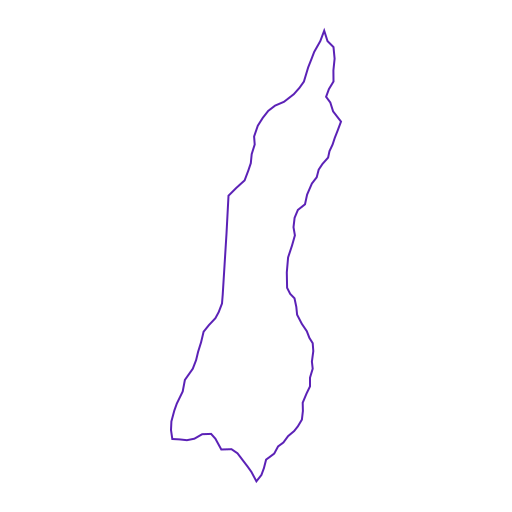 Inúbia Paulista, São Paulo, Brazil
{"feature_id": "56859067B74776499376394", "entity_name": "Inúbia Paulista", "entity_type": "district", "adm_level": 2, "iso_a3": "BRA", "parent_name": "Brazil", "parent_adm1": "São Paulo", "projection": "equal_earth", "projection_center": [-50.952, -21.726], "detail": "fine", "context": "isolated", "style": "outline", "palette": "violet", "viewbox_px": 512, "rotation_deg": 0, "n_neighbors": 0, "source": "geoboundaries", "source_scale": "gbopen_adm2", "svg_char_len": 1408}
<svg xmlns="http://www.w3.org/2000/svg" viewBox="0 0 512 512"><path d="M341.0,121.6L333.1,111.4L330.3,102.5L326.1,96.8L328.9,89.1L333.5,81.5L333.4,70.4L334.6,58.7L333.5,47.1L327.5,41.1L324.2,30.7L320.3,41.1L314.2,51.9L311.6,58.7L308.2,67.3L303.9,81.6L299.4,87.9L293.8,94.2L284.0,101.8L275.1,105.6L268.3,110.8L262.8,117.8L257.8,125.7L254.1,136.5L254.7,144.5L251.7,154.1L250.8,163.2L248.3,170.6L244.6,180.4L236.4,187.8L228.5,195.7L226.5,233.6L222.7,294.9L222.0,303.5L218.7,312.1L215.4,318.2L209.0,325.0L203.6,331.7L201.1,342.2L198.1,351.8L196.1,360.1L192.8,368.7L184.9,379.9L182.7,391.5L176.8,403.6L174.3,410.6L171.4,421.4L171.0,430.0L172.3,439.0L179.6,439.4L186.9,440.2L194.4,438.7L202.2,434.2L211.1,433.9L215.4,438.7L221.3,449.5L231.5,449.2L237.5,453.3L242.8,460.3L247.7,466.7L251.4,471.9L256.4,481.3L261.4,475.0L263.9,468.2L266.1,459.6L274.2,453.6L278.1,446.4L283.4,442.5L288.1,436.1L294.1,431.1L297.9,426.3L301.9,419.6L302.9,411.0L302.7,402.7L306.6,393.4L310.0,386.4L310.0,377.7L312.7,368.7L311.9,361.6L313.3,351.1L312.7,343.2L309.4,337.9L306.8,331.2L301.8,323.8L297.1,314.7L296.3,306.9L294.5,298.3L290.2,293.9L287.1,287.8L286.8,272.4L288.1,257.4L292.0,245.6L294.9,235.4L293.5,227.2L294.6,217.8L297.9,209.9L305.0,204.3L307.1,194.6L311.9,183.5L316.7,177.3L318.7,169.6L322.5,163.9L328.1,157.6L329.5,151.1L332.6,144.5L334.8,137.8L337.4,131.2L341.0,121.6Z" fill="none" stroke="#5b21b6" stroke-width="2"/></svg>